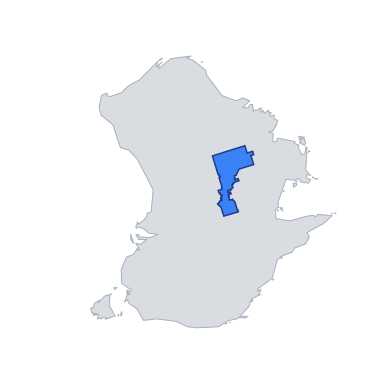 Central Desert, Northern Territory, Australia (highlighted), rotated 73°
{"feature_id": "25037944B81249572637263", "entity_name": "Central Desert", "entity_type": "district", "adm_level": 2, "iso_a3": "AUS", "parent_name": "Australia", "parent_adm1": "Northern Territory", "projection": "robinson", "projection_center": [134.79, -21.072], "detail": "fine", "context": "in_parent", "style": "filled", "palette": "blue", "viewbox_px": 384, "rotation_deg": 73, "n_neighbors": 0, "source": "geoboundaries", "source_scale": "gbopen_adm2", "svg_char_len": 6838}
<svg xmlns="http://www.w3.org/2000/svg" viewBox="0 0 384 384"><g transform="rotate(73 192 192)"><path d="M260.5,75.0L264.3,93.8L269.3,92.9L274.8,98.5L275.6,110.0L278.9,114.0L279.5,124.6L281.8,130.2L297.9,140.5L303.9,157.4L305.7,158.2L306.1,155.2L309.5,158.3L310.1,156.8L311.4,165.4L313.4,167.9L317.9,170.6L326.4,185.1L325.7,194.7L328.6,206.3L323.0,228.0L319.4,235.9L311.2,244.9L303.1,262.6L300.6,275.8L287.2,279.0L280.3,284.7L276.2,285.2L277.2,288.5L271.0,283.7L272.0,282.6L271.6,281.4L270.4,281.4L268.2,283.4L266.7,282.2L269.3,280.2L267.9,278.7L258.9,285.9L245.4,282.4L235.0,273.6L234.8,266.8L230.0,260.6L232.1,260.8L232.0,259.0L224.8,260.8L227.0,256.2L224.3,249.5L221.7,257.2L216.4,257.9L217.3,255.4L219.7,255.4L223.4,244.9L222.5,237.0L218.8,245.3L213.5,248.4L209.9,253.4L210.4,255.9L208.3,255.6L204.9,252.8L207.0,252.7L205.5,247.9L202.2,242.3L199.5,241.6L199.0,236.8L178.5,228.5L144.1,234.8L133.2,240.4L128.6,247.5L104.6,248.0L92.0,256.5L83.2,255.9L73.0,250.2L72.5,244.4L75.0,245.3L76.9,241.8L76.3,230.1L71.7,221.2L69.6,210.0L57.3,186.8L61.8,189.3L58.9,182.2L60.9,186.4L64.3,187.6L58.3,173.1L61.7,153.0L62.6,157.7L66.3,152.5L79.6,143.3L84.4,143.9L108.6,135.1L117.6,123.4L116.9,115.7L121.7,110.2L125.9,118.7L127.9,114.0L125.3,110.6L126.0,108.6L134.0,110.0L131.5,109.1L133.1,105.8L131.7,102.8L135.9,102.4L134.4,100.2L137.9,99.9L136.7,96.7L139.7,93.1L140.0,95.2L142.4,95.0L142.6,90.9L146.2,92.3L148.4,89.1L152.3,91.3L157.4,97.0L156.6,101.5L160.0,97.2L167.3,100.0L168.8,97.6L165.5,94.2L174.0,78.8L175.7,79.8L178.6,75.9L179.6,77.5L188.4,76.3L188.1,72.6L182.2,69.9L183.2,68.9L204.4,76.9L210.5,74.0L209.0,77.0L211.6,78.7L214.8,75.0L217.6,78.1L214.2,85.0L210.5,85.6L210.7,90.6L207.3,98.3L226.4,112.4L231.6,113.9L233.2,117.2L241.8,119.6L248.1,107.3L248.7,89.5L249.7,82.8L251.9,81.2L250.2,78.1L255.6,65.2L260.5,75.0ZM266.0,300.4L275.9,304.2L288.1,301.8L288.3,312.4L287.6,310.5L286.3,312.7L285.6,319.7L281.5,316.9L278.4,323.2L273.3,322.7L274.4,320.9L270.0,317.9L268.4,312.5L270.4,313.5L266.0,306.0L266.0,300.4ZM172.3,69.0L178.4,69.0L180.3,70.9L176.2,74.8L172.3,69.0ZM214.1,263.0L224.4,262.7L220.0,264.4L214.1,263.0ZM215.9,89.5L217.2,93.4L213.3,92.7L213.9,90.0L215.9,89.5ZM325.9,183.4L325.8,179.0L327.4,175.4L328.0,178.0L325.9,183.4ZM285.7,294.2L289.1,295.1L289.1,296.5L285.7,294.2ZM171.7,70.2L173.9,73.9L170.0,73.7L171.7,70.2ZM262.5,294.8L260.6,294.4L261.7,291.9L262.5,294.8ZM236.3,110.8L234.5,112.0L232.6,112.6L233.6,110.5L236.3,110.8ZM57.2,185.8L55.7,183.6L55.4,181.7L55.7,181.6L57.2,185.8ZM288.3,298.0L289.5,299.0L287.1,298.1L288.3,298.0ZM312.7,165.9L314.1,165.9L314.0,167.9L312.7,165.9ZM280.0,124.5L281.6,125.6L281.3,126.3L280.0,124.5ZM281.1,320.6L281.2,322.4L280.0,321.8L281.1,320.6ZM327.8,196.4L327.8,198.8L327.6,198.7L327.8,196.4ZM187.8,68.8L186.8,67.8L187.4,67.3L187.8,68.8ZM216.2,69.0L214.7,71.0L216.4,67.6L216.2,69.0ZM328.1,193.5L327.4,194.3L327.9,193.4L328.1,193.5ZM218.3,104.1L217.5,104.5L217.9,103.6L218.3,104.1ZM212.9,89.4L211.9,89.6L212.5,88.4L212.9,89.4ZM71.0,143.5L70.7,145.0L70.2,144.9L71.0,143.5ZM253.8,64.3L253.8,65.6L253.4,64.7L253.8,64.3ZM270.4,282.0L270.6,282.8L270.3,282.6L270.4,282.0ZM214.3,71.5L212.3,72.8L214.3,71.2L214.3,71.5ZM136.8,94.8L136.0,95.7L136.5,94.7L136.8,94.8ZM281.9,319.4L281.3,319.7L281.7,319.1L281.9,319.4ZM235.4,115.4L234.3,115.4L234.9,114.6L235.4,115.4ZM132.8,101.7L132.2,102.2L132.2,101.0L132.8,101.7ZM287.0,315.8L286.1,316.3L286.4,315.3L287.0,315.8ZM254.6,60.8L254.4,61.7L253.8,61.2L254.6,60.8ZM269.9,283.1L270.7,283.9L269.3,283.7L269.9,283.1ZM299.8,140.4L299.1,140.4L299.4,139.4L299.8,140.4ZM305.5,155.1L305.1,155.1L305.4,154.3L305.5,155.1ZM266.4,299.1L266.2,299.8L266.0,298.9L266.4,299.1Z" fill="#d9dde1" stroke="#a8b0b8" stroke-width="1"/><path d="M224.5,153.4L222.3,153.4L222.3,153.9L220.0,153.9L219.1,153.9L217.8,153.9L215.7,153.9L214.2,153.9L213.9,153.8L213.7,153.9L213.4,154.0L213.2,154.1L213.1,154.3L212.9,154.4L212.7,154.5L212.4,154.8L212.2,155.0L211.9,155.2L210.8,155.2L210.8,155.9L210.8,158.2L210.3,158.2L210.2,158.5L210.0,158.4L209.3,158.3L208.6,158.3L208.2,158.3L207.3,157.5L206.8,157.7L206.8,157.9L206.8,158.2L205.8,158.2L205.1,158.2L205.1,157.5L205.1,157.2L205.2,156.7L205.2,155.2L203.3,155.2L203.3,157.5L202.9,157.7L201.6,157.7L201.6,157.4L201.6,157.2L201.6,156.9L201.6,156.7L201.5,156.3L201.4,156.3L201.0,156.3L200.9,156.3L201.0,156.2L201.1,155.9L201.1,155.7L201.1,155.4L201.0,155.1L201.3,154.9L201.5,154.3L201.0,153.5L200.9,153.5L200.2,152.7L199.9,152.7L199.9,151.6L199.3,151.6L198.8,151.6L198.7,151.6L198.1,151.6L195.9,151.5L196.0,151.5L196.2,151.3L196.3,151.2L196.5,150.9L196.6,150.5L196.1,150.5L195.9,150.5L195.8,149.3L195.3,149.3L195.0,149.3L195.0,147.8L195.0,146.0L195.0,145.5L195.0,143.9L194.9,143.9L192.7,143.9L192.7,145.2L192.7,146.2L192.7,147.6L191.6,147.6L191.6,146.7L191.0,146.7L188.9,146.7L188.9,146.1L188.9,144.9L187.2,143.4L185.6,141.9L185.0,141.3L183.9,140.2L183.9,138.2L183.9,137.8L183.8,135.5L183.8,133.2L183.8,131.1L183.8,130.9L183.8,128.6L183.8,126.2L183.8,125.0L181.7,125.0L181.2,125.0L177.8,125.0L175.4,125.0L174.4,125.0L174.3,123.9L174.3,122.1L172.9,122.1L172.2,122.1L170.8,122.1L170.8,124.0L170.8,124.4L170.8,124.9L170.8,127.2L170.8,127.9L166.2,127.9L165.3,127.9L164.7,127.9L163.2,127.9L163.2,129.0L163.2,130.5L163.2,131.2L163.2,132.0L163.2,133.1L163.3,146.1L163.3,147.9L163.4,152.9L163.4,155.9L163.5,161.9L166.4,161.9L170.4,161.9L172.4,161.9L174.3,161.9L174.9,161.9L177.1,161.9L178.1,161.9L179.1,161.9L180.2,161.9L180.9,161.9L181.9,161.9L183.0,161.9L183.0,161.1L184.2,161.1L184.2,160.6L185.9,160.6L185.9,161.9L188.0,161.9L188.5,161.9L189.4,161.9L190.4,161.9L190.8,161.9L192.9,161.9L194.1,161.9L194.7,161.9L195.5,161.9L195.8,161.9L196.2,161.9L196.2,162.1L196.5,162.6L198.2,162.6L198.2,163.7L198.2,163.8L198.2,164.3L198.2,166.5L199.5,166.5L200.3,166.5L200.3,166.4L200.3,166.2L200.5,166.1L201.4,166.1L201.4,165.9L201.4,165.3L201.9,165.3L202.2,165.4L202.2,165.5L202.3,165.6L202.5,165.6L203.3,165.6L203.8,165.6L203.8,164.2L204.5,164.7L205.0,164.7L205.4,164.7L205.5,164.8L205.5,165.0L205.7,165.3L205.8,165.5L205.9,165.8L205.9,166.1L206.1,166.1L206.3,166.3L206.6,166.5L207.0,166.6L207.0,165.7L207.7,165.7L207.8,165.7L208.6,165.7L208.6,167.7L208.6,167.8L208.8,167.8L209.0,167.9L209.1,168.0L209.3,168.2L209.4,168.3L209.4,168.5L209.5,168.5L209.5,168.8L209.7,169.0L209.8,169.0L209.9,169.3L210.0,169.4L210.0,169.5L210.3,169.7L210.3,169.8L210.3,170.0L210.4,170.3L210.5,170.3L210.6,170.5L210.7,170.8L210.8,171.0L211.2,171.0L213.1,169.9L215.0,168.7L216.6,168.7L217.9,168.7L220.1,168.7L222.3,168.6L224.4,168.6L224.4,167.0L224.4,165.9L224.4,163.1L224.4,162.6L224.4,162.3L224.4,162.0L224.4,161.9L224.4,161.4L224.4,161.2L224.4,160.8L224.4,160.5L224.4,160.3L224.4,160.2L224.4,159.9L224.5,159.9L224.5,158.7L224.5,157.5L224.5,157.0L224.5,156.9L224.5,156.7L224.5,156.4L224.5,156.2L224.5,154.5L224.5,153.5L224.5,153.4Z" fill="#3b82f6" stroke="#1e3a8a" stroke-width="1.5"/></g></svg>